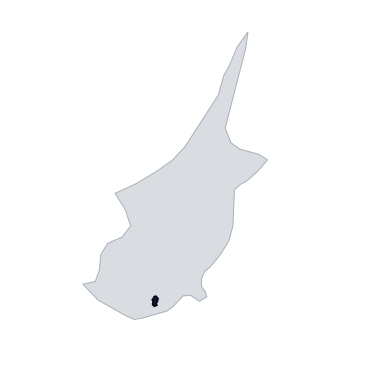 Pano Archimandrita, Paphos, Cyprus shown in context, rotated 322°
{"feature_id": "46923920B12228017617298", "entity_name": "Pano Archimandrita", "entity_type": "district", "adm_level": 2, "iso_a3": "CYP", "parent_name": "Cyprus", "parent_adm1": "Paphos", "projection": "equal_earth", "projection_center": [32.671, 34.738], "detail": "fine", "context": "in_parent", "style": "filled", "palette": "ink", "viewbox_px": 384, "rotation_deg": 322, "n_neighbors": 0, "source": "geoboundaries", "source_scale": "gbopen_adm2", "svg_char_len": 1801}
<svg xmlns="http://www.w3.org/2000/svg" viewBox="0 0 384 384"><g transform="rotate(322 192 192)"><path d="M267.9,203.6L271.3,213.3L256.9,216.1L242.4,217.0L234.4,215.8L226.8,216.4L203.4,243.9L190.8,253.3L175.8,258.8L160.5,262.2L152.8,262.6L146.0,266.1L141.3,272.5L141.2,278.7L139.1,283.8L130.7,282.8L127.2,272.7L121.2,268.4L106.3,270.6L99.1,270.4L75.2,260.8L68.1,256.9L63.6,248.7L51.4,219.2L49.3,197.4L60.7,202.9L71.4,196.2L81.7,185.1L93.9,180.6L101.6,182.5L109.1,184.5L122.8,180.9L128.6,164.6L130.5,145.7L153.6,151.1L177.0,153.9L196.1,154.9L214.9,151.8L272.6,131.7L288.8,119.7L298.9,115.6L316.4,105.7L334.7,100.2L323.0,111.7L257.3,162.2L253.1,177.3L256.1,187.7L265.5,200.3L267.9,203.6Z" fill="#d9dde1" stroke="#a8b0b8" stroke-width="1"/><path d="M94.7,259.8L94.8,259.7L94.7,259.6L94.7,259.3L94.7,259.2L94.4,258.9L94.3,258.6L94.7,258.6L94.8,258.4L94.6,258.3L94.6,257.9L94.8,257.7L95.1,257.5L95.4,257.5L96.0,257.7L96.4,257.4L96.9,257.1L97.4,257.1L97.6,257.0L97.8,256.8L97.8,256.7L98.0,256.3L98.1,256.1L98.3,255.9L98.2,255.6L98.4,255.6L99.4,255.6L99.4,255.3L99.3,254.9L99.4,254.5L99.7,254.3L99.8,254.3L99.8,254.2L99.7,254.0L99.6,253.9L99.5,253.6L99.5,253.1L99.5,252.9L99.6,252.7L99.8,252.5L99.6,252.3L99.5,252.2L99.3,252.0L99.2,251.8L99.2,251.6L98.9,251.4L98.7,251.3L98.4,251.4L98.2,251.5L97.7,251.7L97.6,251.4L97.7,251.2L97.4,251.2L97.4,251.4L97.3,251.7L97.1,251.8L96.8,251.8L96.6,251.8L96.1,251.8L95.6,252.0L95.4,252.2L95.2,252.3L94.9,252.5L94.7,252.4L94.3,252.4L94.2,252.4L94.2,252.7L94.2,252.8L94.3,253.0L94.3,253.3L94.2,253.6L94.1,254.0L93.8,254.3L93.4,254.6L92.8,255.1L92.4,255.6L92.0,256.0L91.7,256.4L91.5,256.6L91.4,256.8L91.6,257.3L91.7,257.8L91.9,258.1L92.1,258.5L91.9,258.9L92.1,259.1L92.9,259.3L93.6,259.4L94.3,259.5L94.7,259.8Z" fill="#0f172a" stroke="#020617" stroke-width="1.5"/></g></svg>